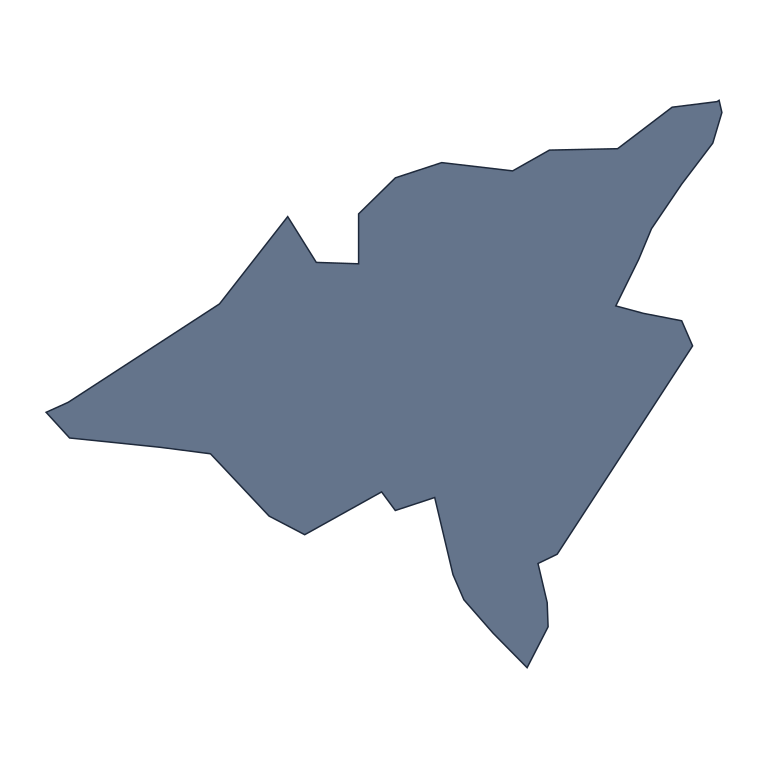 Chrysochou, Paphos, Cyprus
{"feature_id": "46923920B43074959390545", "entity_name": "Chrysochou", "entity_type": "district", "adm_level": 2, "iso_a3": "CYP", "parent_name": "Cyprus", "parent_adm1": "Paphos", "projection": "natural_earth1", "projection_center": [32.444, 35.0], "detail": "fine", "context": "isolated", "style": "filled", "palette": "slate", "viewbox_px": 768, "rotation_deg": 0, "n_neighbors": 0, "source": "geoboundaries", "source_scale": "gbopen_adm2", "svg_char_len": 632}
<svg xmlns="http://www.w3.org/2000/svg" viewBox="0 0 768 768"><path d="M46.1,412.3L69.6,438.0L160.2,447.3L210.5,453.8L269.1,516.1L304.7,534.7L381.6,491.9L395.3,510.5L434.7,497.5L453.0,574.7L463.9,599.8L493.2,633.3L527.1,667.7L548.1,626.8L547.2,602.6L538.0,563.5L557.2,554.2L692.6,345.9L681.7,320.8L643.2,313.3L615.8,305.9L638.7,259.4L651.5,228.7L681.7,184.1L712.8,143.1L721.9,112.5L719.1,100.3L717.1,101.6L672.1,107.2L617.6,148.7L549.4,150.1L512.6,170.9L441.7,162.6L395.4,177.8L358.6,213.9L358.6,263.8L316.3,262.4L287.7,216.6L219.5,303.9L121.4,367.7L68.2,402.3L46.1,412.3Z" fill="#64748b" stroke="#1e293b" stroke-width="1.5"/></svg>